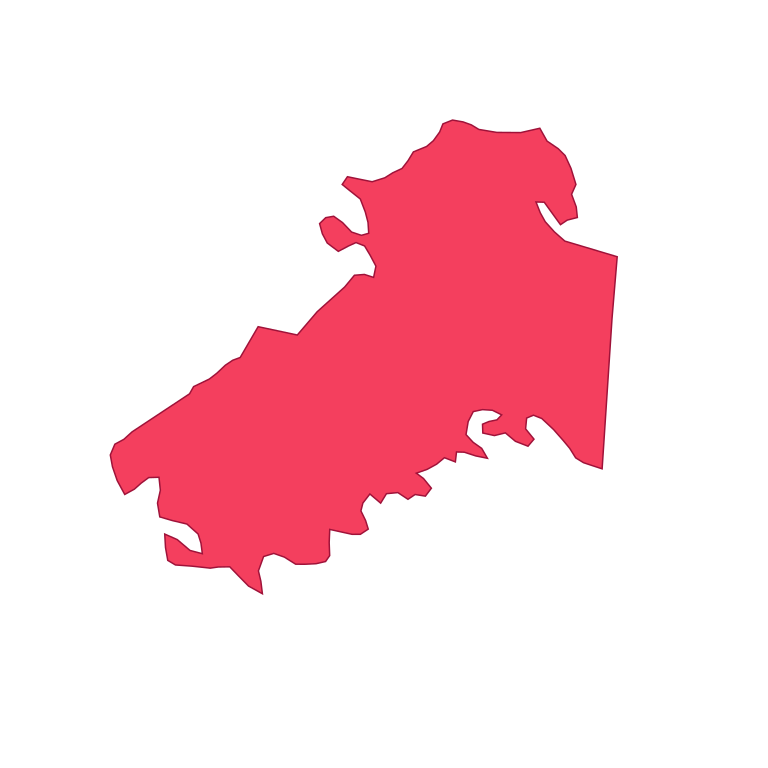 outline of Floriano Peixoto, Rio Grande do Sul, Brazil, rotated 146°
{"feature_id": "56859067B13230601625059", "entity_name": "Floriano Peixoto", "entity_type": "district", "adm_level": 2, "iso_a3": "BRA", "parent_name": "Brazil", "parent_adm1": "Rio Grande do Sul", "projection": "equal_earth", "projection_center": [-52.034, -27.853], "detail": "fine", "context": "isolated", "style": "filled", "palette": "rose", "viewbox_px": 768, "rotation_deg": 146, "n_neighbors": 0, "source": "geoboundaries", "source_scale": "gbopen_adm2", "svg_char_len": 2235}
<svg xmlns="http://www.w3.org/2000/svg" viewBox="0 0 768 768"><g transform="rotate(146 384 384)"><path d="M250.6,191.7L158.4,310.7L119.5,359.1L154.2,401.4L157.7,414.9L159.6,428.4L158.7,438.6L156.2,449.9L149.5,445.1L149.0,429.4L148.6,417.4L140.4,417.4L130.6,413.9L125.6,423.3L122.4,436.4L113.3,442.1L108.4,458.2L106.1,472.1L108.0,481.7L113.0,494.2L111.8,508.9L130.1,516.0L149.8,529.5L163.0,542.0L166.7,550.0L171.9,557.1L179.6,564.5L189.7,566.7L196.9,561.8L207.0,558.1L215.9,557.1L229.8,560.0L239.2,555.7L248.5,552.6L258.6,554.2L268.0,554.5L280.7,558.3L289.4,567.1L298.4,576.3L307.1,572.8L304.3,563.6L300.2,550.6L303.3,537.1L306.9,526.9L312.4,517.5L319.6,519.9L325.9,528.1L328.1,541.0L331.9,551.2L339.3,554.5L347.7,553.0L351.1,543.0L352.2,532.6L347.7,519.5L336.4,518.3L328.1,516.9L322.9,509.3L323.5,498.3L324.8,486.2L333.0,478.2L339.0,485.8L347.7,490.7L362.4,486.4L398.9,481.3L428.5,473.1L456.3,501.9L488.4,486.4L496.2,488.3L505.0,488.3L516.6,486.4L526.1,485.8L543.3,488.3L550.7,484.6L619.6,485.2L630.6,483.6L640.8,484.6L650.6,478.2L655.4,467.2L659.2,453.1L660.7,437.4L649.7,436.4L640.8,437.6L631.4,438.0L622.7,432.5L628.8,421.0L638.4,411.9L644.2,399.2L635.9,389.2L625.7,378.1L622.0,363.6L624.7,354.5L629.5,344.9L637.9,354.5L642.4,370.6L649.7,382.2L656.6,370.6L661.9,358.7L658.1,350.6L651.6,345.5L645.1,340.4L639.3,335.5L631.0,328.5L623.8,325.0L614.1,318.7L611.9,306.2L609.3,292.2L602.1,278.1L596.4,289.3L592.6,299.3L580.3,308.3L570.1,305.2L563.4,296.2L558.0,284.0L550.2,278.7L540.8,273.0L531.7,269.5L525.0,272.1L518.1,283.2L510.3,293.8L502.7,285.8L494.5,277.2L487.6,272.6L478.2,272.5L475.6,281.1L474.1,291.7L468.1,297.1L457.2,300.7L453.4,287.1L443.3,291.7L433.2,286.2L428.6,275.0L420.0,275.0L412.4,267.9L403.0,271.1L404.1,283.6L407.1,292.0L395.9,289.1L385.2,288.1L375.1,289.1L368.4,279.5L361.9,287.1L355.6,282.6L348.1,273.0L339.8,264.6L339.0,276.0L342.7,285.8L344.3,296.2L335.2,305.8L325.4,311.2L316.7,307.7L308.8,301.6L303.7,292.6L310.4,291.1L317.9,294.2L324.8,295.6L329.5,288.1L321.3,279.5L310.7,275.6L307.1,263.0L299.4,251.9L290.5,254.4L291.7,267.6L284.8,276.0L277.6,274.6L272.5,267.2L268.9,251.5L267.0,236.8L266.0,226.8L266.4,215.6L262.6,207.2L256.9,199.8L250.6,191.7Z" fill="#f43f5e" stroke="#9f1239" stroke-width="1.5"/></g></svg>